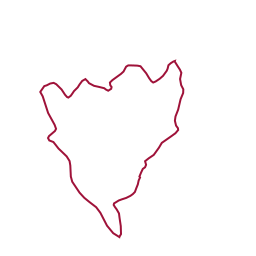 map outline of Gevgelija (Mercator projection), rotated 54°
{"feature_id": "MKD-2998", "entity_name": "Gevgelija", "entity_type": "Statistical Region", "adm_level": 1, "iso_a3": "MKD", "parent_name": "North Macedonia", "parent_adm1": "", "projection": "mercator", "projection_center": [22.379, 41.246], "detail": "fine", "context": "isolated", "style": "outline", "palette": "rose", "viewbox_px": 256, "rotation_deg": 54, "n_neighbors": 0, "source": "natural_earth", "source_scale": "10m", "svg_char_len": 1586}
<svg xmlns="http://www.w3.org/2000/svg" viewBox="0 0 256 256"><g transform="rotate(54 128 128)"><path d="M211.1,199.1L204.4,201.8L194.7,202.4L180.4,200.2L173.4,200.3L164.9,202.8L158.8,204.4L151.8,205.2L138.7,204.7L133.7,202.8L124.4,196.7L120.4,194.7L114.9,194.3L103.8,196.3L95.5,196.6L91.8,199.0L89.1,198.6L88.1,196.6L87.5,188.9L86.4,186.7L82.3,185.5L68.9,183.8L52.3,178.4L47.3,177.8L47.2,177.7L44.9,171.1L45.7,168.7L46.3,164.8L47.8,161.6L50.4,160.3L57.8,159.1L64.1,159.4L67.1,159.1L68.3,158.4L68.3,155.4L67.4,152.7L66.4,150.0L65.6,144.8L64.3,141.6L63.0,137.4L63.4,133.7L64.9,133.5L66.5,133.2L68.8,133.2L73.9,130.7L77.5,127.5L81.9,123.8L83.8,123.3L86.2,122.1L86.4,118.6L85.2,117.2L83.0,117.2L80.6,115.9L80.1,112.5L80.1,109.3L80.1,101.9L79.7,98.4L78.7,96.4L77.3,93.5L77.3,93.0L77.5,91.0L80.1,87.5L83.2,83.6L85.4,81.6L89.1,81.4L94.4,81.1L100.1,81.6L103.8,81.6L106.0,80.9L106.6,78.4L106.8,73.5L106.4,69.0L104.5,63.1L103.3,61.1L101.0,58.4L100.7,55.4L100.9,52.2L101.3,50.8L101.5,51.1L107.4,51.5L111.3,51.7L114.7,52.4L119.0,57.1L124.6,59.8L129.2,60.5L132.1,62.8L135.6,68.5L142.6,76.6L146.6,82.8L149.7,85.8L154.3,87.7L157.5,87.7L159.1,88.6L160.1,92.6L160.1,97.9L159.9,109.4L162.1,114.5L164.9,123.0L164.7,129.0L164.9,133.7L168.4,135.0L169.8,137.3L169.8,140.1L171.8,143.7L174.0,147.3L175.1,147.3L176.7,150.2L179.4,153.2L181.6,156.7L183.8,160.0L184.3,162.9L184.3,165.9L183.5,170.6L182.1,174.9L181.2,178.1L181.0,181.0L180.8,183.6L181.8,184.8L183.9,185.0L187.1,185.0L191.8,185.5L196.0,187.8L203.1,191.5L209.7,196.0L211.0,199.0L211.1,199.1Z" fill="none" stroke="#9f1239" stroke-width="2"/></g></svg>